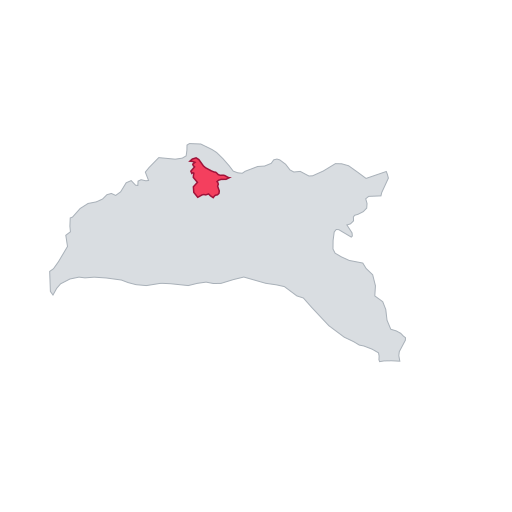 where Rezina sits in Moldova, rotated 302°
{"feature_id": "MDA-1644", "entity_name": "Rezina", "entity_type": "District", "adm_level": 1, "iso_a3": "MDA", "parent_name": "Moldova", "parent_adm1": "", "projection": "mercator", "projection_center": [28.881, 47.706], "detail": "fine", "context": "in_parent", "style": "filled", "palette": "rose", "viewbox_px": 512, "rotation_deg": 302, "n_neighbors": 0, "source": "natural_earth", "source_scale": "10m", "svg_char_len": 2654}
<svg xmlns="http://www.w3.org/2000/svg" viewBox="0 0 512 512"><g transform="rotate(302 256 256)"><path d="M115.3,104.5L117.0,100.4L133.6,89.2L137.9,91.0L146.5,91.5L164.2,91.1L172.8,83.7L178.2,85.8L182.6,82.4L189.8,78.3L190.9,79.1L191.8,79.8L203.1,81.7L211.5,85.7L217.2,91.8L223.0,95.7L229.0,97.1L232.4,100.2L233.0,104.9L238.7,107.2L249.3,107.1L253.8,110.2L252.2,116.4L253.2,118.4L257.0,116.3L259.8,118.1L261.4,122.7L263.1,124.9L268.5,117.7L274.2,118.4L287.9,121.4L295.3,136.2L299.9,141.6L303.9,143.7L309.0,141.4L313.5,138.7L316.1,140.0L321.7,149.8L323.0,162.6L322.9,167.8L321.0,176.5L318.2,185.7L315.9,191.7L316.9,196.5L318.9,200.5L322.1,201.9L332.8,210.0L336.8,215.6L342.6,219.8L347.0,220.1L349.3,222.4L350.1,225.2L349.5,232.5L347.0,239.2L347.3,243.6L351.2,248.7L351.6,254.7L351.9,258.5L354.0,261.5L363.7,268.0L376.4,274.4L379.6,279.8L381.6,286.7L380.9,298.2L380.1,308.2L396.7,321.7L394.8,324.2L392.2,327.0L376.4,329.0L373.2,330.1L366.3,320.0L362.7,318.7L359.3,322.4L355.3,324.5L350.5,323.5L345.4,320.4L342.8,318.1L340.7,317.9L337.5,320.1L333.3,319.1L330.5,316.6L326.5,325.2L324.0,327.1L322.5,326.8L322.2,312.2L321.0,310.0L317.8,309.6L310.1,313.1L302.7,317.6L300.3,321.6L300.5,328.8L301.6,337.3L306.6,350.3L303.8,355.9L301.9,364.9L294.0,373.1L285.1,377.9L284.4,387.7L279.4,394.4L271.0,401.1L265.3,409.1L266.8,414.6L267.1,419.8L266.2,423.3L265.9,426.1L263.7,427.3L250.8,428.2L247.2,429.9L243.0,433.7L239.0,426.5L234.9,420.2L231.9,416.8L233.2,415.2L236.4,413.4L238.8,411.2L238.5,403.7L236.8,395.0L235.2,390.8L235.1,384.2L233.9,373.8L235.5,354.7L241.9,330.5L245.5,318.4L243.8,311.8L245.1,296.3L242.4,288.7L238.0,278.7L231.7,256.8L223.9,249.2L214.2,240.8L210.1,234.5L207.4,227.5L201.6,220.6L195.0,214.2L187.2,198.2L183.1,190.9L181.8,189.0L172.8,178.7L168.1,169.4L165.7,161.7L164.3,154.6L158.0,140.6L152.3,130.0L146.8,122.5L144.3,117.1L137.9,110.4L128.8,105.0L122.9,104.1L115.3,104.5Z" fill="#d9dde1" stroke="#a8b0b8" stroke-width="1"/><path d="M282.8,188.8L282.9,185.5L283.5,182.9L281.2,181.0L280.5,179.2L279.4,178.0L274.9,175.5L277.0,169.5L281.5,166.2L287.4,167.3L289.4,161.2L291.3,160.2L293.3,159.4L293.2,158.3L292.0,157.8L293.4,155.8L299.0,156.7L299.4,154.9L300.3,153.7L301.7,154.1L303.1,154.6L302.5,151.9L301.4,149.7L304.5,150.6L307.5,153.2L307.5,156.4L304.5,163.7L304.1,166.4L304.5,173.0L305.1,176.2L305.3,176.7L305.7,177.4L305.5,178.8L305.2,180.2L305.0,180.8L305.5,182.9L307.3,185.6L307.7,186.9L307.8,189.3L308.0,191.4L308.2,191.8L305.1,189.9L302.5,185.8L300.4,184.1L298.4,183.5L297.9,184.9L296.9,186.0L294.9,186.4L291.7,190.4L289.5,191.4L287.5,190.9L285.9,189.3L284.4,188.9L282.8,188.8Z" fill="#f43f5e" stroke="#9f1239" stroke-width="1.5"/></g></svg>